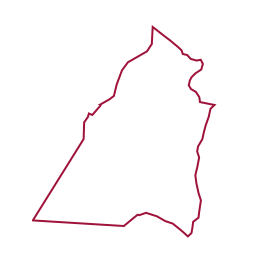 Kristinehamn, Värmland, Sweden, rotated 7°
{"feature_id": "70781695B91017717929133", "entity_name": "Kristinehamn", "entity_type": "district", "adm_level": 2, "iso_a3": "SWE", "parent_name": "Sweden", "parent_adm1": "Värmland", "projection": "albers", "projection_center": [14.142, 59.269], "detail": "fine", "context": "isolated", "style": "outline", "palette": "rose", "viewbox_px": 256, "rotation_deg": 7, "n_neighbors": 0, "source": "geoboundaries", "source_scale": "gbopen_adm2", "svg_char_len": 975}
<svg xmlns="http://www.w3.org/2000/svg" viewBox="0 0 256 256"><g transform="rotate(7 128 128)"><path d="M45.0,231.3L45.3,231.3L135.8,225.8L148.1,212.9L149.7,213.2L156.2,210.0L167.4,212.1L176.5,215.9L184.0,217.4L191.0,221.7L196.3,225.2L200.5,228.2L200.7,228.3L203.8,224.5L204.1,218.7L204.1,213.2L208.9,208.4L208.9,201.2L209.2,190.9L206.1,184.4L202.6,174.5L200.6,166.7L201.6,157.8L202.2,148.6L199.5,142.8L199.8,137.7L203.2,129.9L203.8,123.0L204.8,115.9L206.9,106.4L206.9,105.6L207.5,98.9L211.0,94.6L196.3,93.5L195.0,88.7L191.0,83.9L185.8,81.7L183.1,78.2L183.6,73.3L184.9,69.8L188.4,65.4L193.6,61.0L194.5,55.3L191.9,51.4L187.9,52.7L181.8,51.8L177.8,48.3L173.4,47.9L171.7,44.4L168.2,41.8L159.2,36.0L151.0,31.2L140.2,24.7L141.4,41.7L137.5,49.6L128.7,56.2L119.9,62.8L115.0,71.5L111.5,86.0L110.1,97.9L106.1,101.8L98.0,107.8L98.3,107.8L97.8,109.3L91.0,119.4L87.4,118.4L86.9,121.8L83.8,127.7L85.3,144.4L45.0,230.9L45.0,231.3Z" fill="none" stroke="#9f1239" stroke-width="2"/></g></svg>